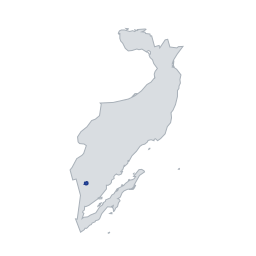 location of Villa Hidalgo, Sonora, Mexico, rotated 255°
{"feature_id": "50627088B23816586948546", "entity_name": "Villa Hidalgo", "entity_type": "district", "adm_level": 2, "iso_a3": "MEX", "parent_name": "Mexico", "parent_adm1": "Sonora", "projection": "equal_earth", "projection_center": [-109.382, 30.253], "detail": "fine", "context": "in_parent", "style": "filled", "palette": "blue", "viewbox_px": 256, "rotation_deg": 255, "n_neighbors": 0, "source": "geoboundaries", "source_scale": "gbopen_adm2", "svg_char_len": 4127}
<svg xmlns="http://www.w3.org/2000/svg" viewBox="0 0 256 256"><g transform="rotate(255 128 128)"><path d="M39.6,55.2L53.8,53.8L53.1,55.4L75.3,64.7L92.1,64.7L92.1,61.2L102.5,61.2L104.3,63.7L111.7,70.6L113.5,76.4L114.9,78.6L121.8,83.2L123.9,81.4L125.5,77.2L127.5,76.2L132.5,77.0L136.7,81.7L139.7,88.6L144.6,94.8L145.0,98.8L147.3,103.7L157.9,108.3L159.3,107.6L156.5,120.4L155.9,135.8L156.5,139.1L159.4,143.6L158.9,146.0L159.0,143.6L156.6,139.8L157.4,143.3L160.4,150.6L165.1,157.6L166.3,162.0L169.5,166.5L168.7,166.4L170.5,167.4L169.9,166.8L173.3,167.3L175.7,168.9L177.9,171.8L183.5,169.6L187.6,169.3L190.3,167.6L193.2,167.2L193.8,167.9L193.6,168.8L196.0,169.4L197.5,168.0L197.0,165.7L196.3,166.2L196.4,165.8L200.6,161.9L200.8,158.8L202.0,157.0L201.8,151.9L202.4,148.2L205.6,146.0L211.4,144.8L213.8,143.5L216.6,143.3L221.4,144.6L221.7,143.7L220.5,143.7L222.0,143.1L224.0,144.8L224.4,147.0L223.6,150.0L220.8,154.6L220.8,157.7L219.4,159.5L219.7,160.2L221.1,160.0L219.7,161.9L219.8,162.7L220.7,162.5L219.2,170.2L218.7,170.9L217.7,169.1L217.3,166.2L216.1,169.2L214.7,169.5L213.1,173.5L211.0,173.4L210.9,174.7L199.6,174.7L199.7,179.4L197.1,179.4L203.5,186.7L203.4,189.3L195.4,189.4L192.7,196.0L193.5,197.7L192.6,202.2L186.6,194.6L181.8,189.5L178.9,187.5L178.6,188.0L181.3,189.8L177.1,188.2L177.3,187.0L176.3,187.5L175.5,186.4L174.8,187.6L176.2,188.2L174.1,188.5L172.1,190.2L165.6,192.9L161.4,190.7L157.8,190.2L155.4,188.2L153.0,187.4L151.4,185.5L145.6,183.9L138.3,179.9L133.6,176.1L131.6,173.5L126.7,172.7L122.1,170.5L119.1,166.3L112.7,162.3L109.3,156.7L108.1,153.3L110.6,151.7L110.2,150.3L109.0,149.8L110.7,147.3L110.8,144.2L109.5,143.1L108.1,140.1L108.1,137.3L107.2,134.8L103.4,130.2L100.1,124.6L95.0,119.7L96.5,120.6L96.6,119.6L93.9,118.6L91.9,114.8L93.3,114.9L89.3,112.3L88.8,111.1L87.3,111.5L87.1,110.9L88.2,109.5L86.3,110.6L85.2,109.5L84.9,107.0L86.3,104.8L86.8,105.3L85.8,103.0L84.6,101.6L82.9,101.6L81.8,98.6L79.8,97.9L78.6,96.6L77.8,94.0L78.3,92.3L74.7,91.4L68.5,83.0L68.2,81.0L67.3,80.4L63.4,70.1L63.0,66.9L63.5,65.9L60.1,64.6L59.3,62.9L58.2,62.3L57.0,63.3L52.4,60.2L53.2,62.2L52.6,66.1L53.6,69.1L54.4,75.0L59.1,80.2L60.5,83.8L61.2,83.6L61.6,84.7L62.3,84.8L62.9,87.1L64.3,87.8L65.0,92.6L67.4,95.0L68.2,97.7L69.4,98.6L70.2,101.8L71.2,102.6L70.6,100.2L72.0,101.6L73.6,109.0L75.1,111.1L77.2,116.5L76.9,118.8L77.4,120.8L79.2,122.8L79.8,120.8L84.9,127.8L84.5,130.5L82.5,132.4L81.3,132.6L79.2,126.8L71.2,119.0L70.4,119.2L68.8,116.7L68.5,115.1L68.9,111.5L68.3,108.0L67.0,105.6L63.2,102.6L62.4,99.7L61.7,100.9L59.7,101.5L58.3,99.5L54.7,97.5L54.1,95.7L51.4,93.3L51.2,92.4L54.0,92.9L55.6,92.2L55.6,93.0L57.0,93.8L56.5,91.8L55.8,91.7L57.2,87.8L52.0,80.4L47.7,77.1L46.9,75.5L46.9,72.8L45.9,71.9L45.5,68.8L44.2,67.5L44.0,65.7L42.1,62.8L41.8,61.5L42.4,60.6L41.1,59.4L39.6,55.2ZM68.3,83.1L67.8,85.0L66.4,84.4L67.0,81.5L67.8,81.3L68.3,83.1ZM62.6,82.8L60.6,80.7L60.1,78.6L61.1,79.3L61.3,80.5L62.4,80.8L62.6,82.8ZM223.8,154.0L223.2,153.4L223.4,152.5L224.7,151.7L223.8,154.0ZM68.9,119.1L67.4,117.1L68.3,113.1L68.1,116.7L68.9,119.1ZM50.4,90.6L49.3,90.3L50.1,88.2L50.6,89.8L50.4,90.6ZM32.2,83.6L31.3,82.3L31.5,81.7L31.8,81.7L32.2,83.6ZM70.1,119.2L71.0,120.8L69.1,119.2L70.1,119.2ZM102.9,143.2L102.7,143.9L102.2,143.6L102.0,142.5L102.9,143.2ZM77.8,115.1L78.1,116.3L77.2,114.8L77.8,115.1ZM74.3,107.0L74.8,107.5L74.0,108.6L74.3,107.0ZM75.7,167.0L75.3,167.2L74.7,166.7L75.2,166.0L75.7,167.0ZM195.2,167.3L194.2,167.5L195.9,166.8L195.2,167.3ZM82.7,122.1L82.1,121.9L82.1,120.8L82.7,122.1Z" fill="#d9dde1" stroke="#a8b0b8" stroke-width="1"/><path d="M86.4,74.8L86.5,74.4L86.8,74.1L86.8,73.9L86.7,73.8L86.6,73.7L86.5,73.4L86.4,73.2L86.4,72.9L86.5,72.9L86.6,72.7L86.7,72.4L86.4,72.3L86.4,72.2L86.2,72.2L86.2,71.9L85.9,71.8L85.7,71.8L85.5,72.0L85.4,72.0L85.2,72.0L85.3,71.8L85.2,71.7L85.0,71.4L84.7,71.9L84.7,72.2L84.6,72.4L84.5,72.5L84.3,72.5L84.0,72.7L84.0,72.8L84.3,72.8L84.3,73.1L84.3,73.4L84.2,73.6L84.3,73.9L84.1,73.9L84.0,74.1L84.2,74.3L84.4,74.2L84.4,74.5L84.5,74.5L84.5,74.4L84.7,74.5L84.8,74.5L84.9,74.8L85.2,74.7L85.3,74.9L85.5,74.9L85.7,75.0L86.1,75.0L86.2,74.9L86.4,74.8L86.4,74.8Z" fill="#3b82f6" stroke="#1e3a8a" stroke-width="1.5"/></g></svg>